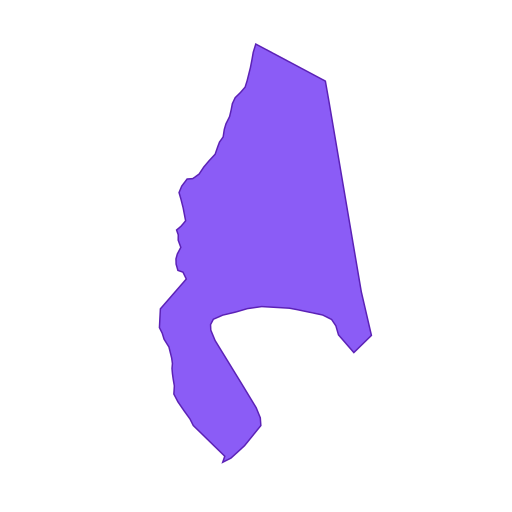 Junco do Seridó, Paraíba, Brazil, rotated 131°
{"feature_id": "56859067B6318003326447", "entity_name": "Junco do Seridó", "entity_type": "district", "adm_level": 2, "iso_a3": "BRA", "parent_name": "Brazil", "parent_adm1": "Paraíba", "projection": "natural_earth1", "projection_center": [-36.749, -6.988], "detail": "fine", "context": "isolated", "style": "filled", "palette": "violet", "viewbox_px": 512, "rotation_deg": 131, "n_neighbors": 0, "source": "geoboundaries", "source_scale": "gbopen_adm2", "svg_char_len": 1176}
<svg xmlns="http://www.w3.org/2000/svg" viewBox="0 0 512 512"><g transform="rotate(131 256 256)"><path d="M264.7,118.8L240.2,116.8L213.9,153.1L91.7,302.1L78.5,318.4L96.2,395.2L104.1,391.7L110.9,387.6L117.5,383.8L124.6,380.2L129.7,377.6L135.7,375.0L142.8,375.0L150.1,375.6L156.5,373.8L162.0,370.6L168.1,367.4L175.9,365.4L181.2,363.0L187.7,358.9L193.9,358.3L198.5,356.6L206.0,353.6L214.8,353.9L223.0,353.8L231.5,352.7L239.1,354.5L243.1,358.5L252.0,357.9L258.6,355.7L262.5,349.7L267.5,342.5L271.3,337.7L275.6,332.2L282.7,332.1L288.5,333.0L291.0,328.6L295.1,325.1L298.8,318.4L306.1,316.7L310.7,314.5L314.6,310.9L318.1,305.5L316.1,300.5L319.1,293.5L358.6,293.5L373.4,281.9L375.8,276.1L379.1,270.8L381.8,262.0L388.4,252.6L392.0,248.5L396.0,245.6L399.5,242.0L403.0,238.0L407.6,232.4L414.1,227.4L417.3,219.2L420.0,208.8L422.3,198.9L425.1,192.1L427.6,148.2L433.5,145.8L424.9,142.3L406.7,140.2L380.8,141.1L375.3,146.6L370.4,156.3L362.1,182.2L346.6,231.5L341.6,241.5L337.6,245.3L331.7,246.7L322.4,242.3L311.4,234.4L301.4,228.0L290.4,218.5L273.5,196.6L269.5,189.8L256.8,167.0L254.3,157.3L256.3,149.9L261.4,142.0L264.7,118.8Z" fill="#8b5cf6" stroke="#5b21b6" stroke-width="1.5"/></g></svg>